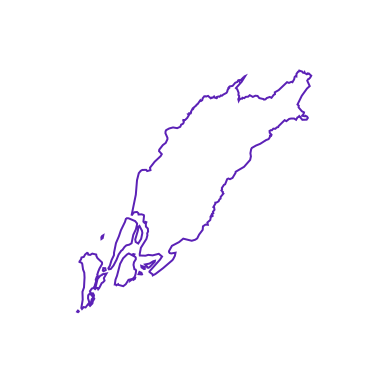 Nuea Khlong, Krabi, Thailand, rotated 32°
{"feature_id": "78962969B85849913295543", "entity_name": "Nuea Khlong", "entity_type": "district", "adm_level": 2, "iso_a3": "THA", "parent_name": "Thailand", "parent_adm1": "Krabi", "projection": "equal_earth", "projection_center": [99.032, 8.005], "detail": "fine", "context": "isolated", "style": "outline", "palette": "violet", "viewbox_px": 384, "rotation_deg": 32, "n_neighbors": 0, "source": "geoboundaries", "source_scale": "gbopen_adm2", "svg_char_len": 6047}
<svg xmlns="http://www.w3.org/2000/svg" viewBox="0 0 384 384"><g transform="rotate(32 192 192)"><path d="M175.7,65.5L175.2,66.3L175.2,67.8L174.8,67.9L174.0,71.4L172.8,72.0L173.1,72.7L172.6,72.4L172.0,72.9L172.1,74.7L170.8,76.4L170.2,80.5L168.0,82.5L167.8,83.3L168.4,84.0L167.7,84.8L168.3,85.7L168.1,86.8L168.7,88.1L168.7,89.7L166.9,92.8L166.3,94.6L165.3,94.8L164.9,96.6L163.8,97.0L162.7,98.3L163.3,99.0L163.2,99.4L161.3,99.9L160.1,99.3L159.8,100.7L158.8,101.9L158.7,101.5L157.6,102.5L154.7,102.0L153.4,103.5L152.9,103.6L152.9,103.0L152.6,103.9L151.7,104.3L151.4,106.9L152.0,108.7L151.4,110.0L150.7,109.8L150.8,110.2L150.4,110.3L150.2,114.3L149.9,115.0L149.1,114.8L149.8,115.4L149.7,116.5L148.8,119.2L148.9,120.1L148.6,119.9L148.3,120.6L148.6,124.4L149.2,125.3L149.2,126.1L148.0,126.6L148.4,127.2L147.5,128.1L148.6,128.5L148.7,131.7L148.0,134.6L146.5,135.5L146.8,136.2L147.8,136.6L148.2,137.8L148.1,139.1L147.1,140.6L147.5,142.9L145.6,145.7L141.7,147.3L139.0,150.2L137.3,153.2L137.4,154.5L138.3,156.2L142.4,159.0L143.2,160.2L143.7,164.3L142.4,167.7L141.8,173.4L142.4,174.8L146.3,175.9L146.4,178.1L144.3,186.1L143.5,193.6L145.2,195.5L142.9,198.0L141.4,197.5L138.2,199.6L137.3,201.2L136.9,204.2L139.1,211.1L145.8,224.1L152.9,243.2L153.3,243.1L153.5,240.5L154.0,239.6L155.9,238.1L157.7,238.4L158.6,239.4L161.0,237.7L163.2,237.1L164.0,237.7L166.5,242.9L167.9,243.3L168.3,242.0L169.3,241.8L169.7,243.5L171.3,245.8L173.9,246.4L175.7,248.8L175.9,250.8L177.1,252.3L178.2,255.9L178.2,266.4L180.5,272.3L181.4,273.5L186.4,270.6L188.2,268.5L192.2,266.6L196.6,262.0L200.8,262.6L200.7,266.3L198.0,281.9L198.4,282.4L202.1,282.7L202.9,283.5L204.4,281.0L207.8,272.0L211.5,260.2L211.6,258.6L211.3,255.2L210.2,252.2L207.0,255.1L205.5,255.6L204.2,255.0L203.8,254.0L203.5,248.3L207.6,241.3L209.3,236.2L217.6,233.5L220.0,230.8L221.0,228.6L220.6,224.3L221.1,218.4L219.5,215.3L220.7,212.5L222.8,211.4L221.2,209.7L222.3,206.1L221.6,204.2L220.8,203.2L220.8,202.3L221.6,202.5L222.2,201.4L221.3,200.4L220.6,200.4L220.5,199.8L221.3,198.7L220.2,197.6L220.5,195.2L218.9,193.3L218.1,193.4L218.0,189.7L217.4,188.7L218.4,187.9L219.5,185.8L219.2,183.9L219.7,182.4L218.9,181.0L219.5,176.7L218.4,176.4L218.2,175.6L216.1,175.1L216.1,173.8L215.2,172.8L215.3,169.0L216.0,167.9L215.0,162.5L215.7,161.3L217.4,161.0L218.9,158.6L218.8,152.8L218.3,151.7L222.8,143.1L224.3,134.0L223.1,130.6L221.0,128.2L219.5,124.4L219.4,122.9L221.7,118.6L224.3,115.0L227.3,108.7L228.9,106.6L229.0,104.3L228.2,102.8L228.5,102.2L229.3,102.2L229.1,101.3L226.5,100.6L225.4,99.1L226.1,97.8L227.0,97.4L227.4,95.2L229.2,94.2L229.6,92.4L230.7,91.3L230.5,90.3L232.5,82.0L234.5,81.9L235.7,78.5L237.2,77.1L239.7,75.6L242.0,75.6L241.9,72.8L242.6,71.9L242.7,70.8L247.3,72.3L250.9,69.9L251.0,67.8L249.7,67.1L247.9,67.2L247.7,67.9L245.0,69.0L245.3,66.7L244.8,65.1L242.4,65.3L238.0,63.9L237.4,63.6L236.8,62.2L235.1,61.9L234.1,52.2L234.7,43.3L235.7,39.8L230.7,36.5L230.7,34.8L231.2,34.3L231.6,32.4L231.5,30.2L228.2,29.6L227.8,30.4L227.1,30.3L226.9,31.3L224.6,31.4L224.0,30.9L224.0,31.6L222.9,32.0L221.7,31.5L218.6,32.2L218.7,33.4L218.2,33.8L218.0,36.4L219.3,38.7L218.4,38.9L218.1,40.1L218.9,42.3L219.0,45.7L217.9,45.9L216.4,48.1L214.4,48.5L211.5,59.7L209.4,63.6L210.5,65.1L209.8,66.4L209.5,70.0L207.6,70.2L205.6,72.7L205.2,74.5L204.1,75.5L203.4,75.3L199.3,76.7L196.7,75.8L194.7,76.8L193.2,79.1L189.7,79.3L189.1,81.4L187.1,82.9L186.6,84.7L184.9,85.3L185.0,86.4L183.9,86.9L183.2,89.0L183.3,89.9L182.0,88.7L182.0,87.6L181.2,85.6L179.9,85.1L179.0,83.2L175.9,80.9L174.2,80.6L175.7,72.2L175.7,65.5ZM144.9,297.0L143.9,295.8L140.1,297.1L139.0,299.3L137.2,300.1L136.1,299.1L135.3,299.2L134.5,301.6L134.6,304.4L133.0,306.1L133.6,308.0L133.4,310.5L133.7,311.0L135.8,310.5L137.0,311.1L140.6,315.4L143.4,317.5L146.2,321.5L151.0,330.2L152.0,334.7L156.4,341.3L159.6,349.0L160.7,349.5L161.1,347.0L162.9,346.3L163.5,340.1L160.2,337.3L158.7,334.6L159.1,332.2L159.9,332.2L160.2,333.6L159.9,331.4L158.0,330.2L158.2,327.0L159.3,325.7L159.3,324.5L159.9,323.9L159.1,322.9L158.0,318.6L156.8,317.3L156.2,314.4L156.5,313.5L156.2,312.6L155.5,312.4L154.7,309.4L154.1,305.9L153.9,300.7L153.0,299.4L146.9,298.2L144.9,297.0ZM162.1,247.8L159.2,246.8L152.2,247.9L150.7,248.7L150.2,249.9L151.0,252.8L152.0,262.1L153.5,268.4L154.6,275.6L158.0,284.7L159.3,287.0L159.9,292.5L161.4,298.0L161.5,301.0L162.5,301.6L163.9,300.3L164.4,295.9L163.9,289.4L162.9,283.8L163.1,279.3L163.7,278.0L163.9,274.4L164.6,272.0L166.8,269.8L167.9,267.5L164.9,259.4L164.2,253.4L162.7,248.9L162.1,247.8ZM179.1,277.5L178.2,277.1L171.0,277.6L170.0,279.4L168.7,284.7L169.1,291.0L172.8,302.8L173.6,306.9L175.5,311.3L176.1,310.9L177.3,311.2L178.2,309.4L178.6,309.8L183.6,308.3L184.7,305.3L184.7,300.1L186.3,298.5L186.7,299.9L187.6,297.7L188.3,294.1L187.6,291.3L186.2,288.2L185.3,287.7L184.1,288.0L181.0,284.8L180.0,282.3L180.0,278.8L179.1,277.5ZM164.2,322.5L163.7,317.1L164.4,315.8L164.8,313.5L162.9,311.8L162.7,306.4L159.6,309.3L159.6,310.2L158.6,311.5L158.0,315.9L161.2,325.3L161.1,326.6L161.8,323.9L162.8,323.4L164.0,324.2L164.2,322.5ZM173.7,264.2L173.7,258.7L171.6,253.0L170.0,251.3L165.4,248.6L165.0,249.8L166.6,253.6L169.0,262.3L170.7,264.2L173.7,264.2ZM196.0,277.7L197.4,271.0L197.0,270.0L195.9,271.2L193.8,275.3L190.6,278.3L193.5,279.0L194.4,279.7L195.3,279.3L196.0,277.7ZM165.9,342.6L166.6,339.3L165.8,337.3L165.7,334.3L165.0,333.9L164.0,334.9L163.8,336.0L165.3,340.6L165.2,342.4L165.9,342.6ZM158.9,306.1L160.2,304.0L158.8,302.6L157.1,303.5L158.0,305.9L158.9,306.1ZM192.7,282.3L191.8,280.6L188.1,281.5L189.2,282.7L192.1,282.8L192.7,282.3ZM190.2,290.0L193.2,288.5L193.3,288.3L191.9,287.3L189.8,287.6L190.2,290.0ZM163.3,333.4L164.2,333.0L163.6,331.5L161.8,330.4L161.1,330.8L161.5,332.7L163.3,333.4ZM140.1,279.8L140.7,278.4L139.7,275.7L139.1,276.9L139.1,278.4L140.1,279.8ZM188.8,297.6L189.6,296.0L189.4,295.2L188.8,295.8L188.5,297.5L188.8,297.6ZM176.2,275.4L175.1,275.7L174.8,276.2L176.2,276.5L176.2,275.4ZM158.4,353.0L158.1,352.2L158.0,354.4L159.0,354.3L159.3,353.4L158.4,353.0ZM194.3,279.8L193.8,279.4L193.3,279.4L194.3,279.8Z" fill="none" stroke="#5b21b6" stroke-width="2"/></g></svg>